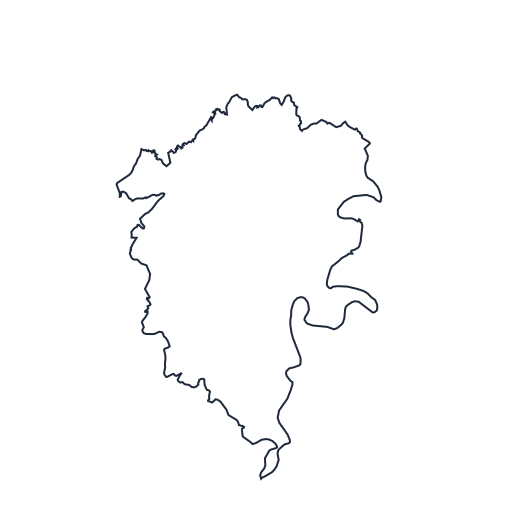 Narail, Khulna, Bangladesh, rotated 42°
{"feature_id": "16705992B56503274196630", "entity_name": "Narail", "entity_type": "district", "adm_level": 2, "iso_a3": "BGD", "parent_name": "Bangladesh", "parent_adm1": "Khulna", "projection": "robinson", "projection_center": [89.616, 23.132], "detail": "fine", "context": "isolated", "style": "outline", "palette": "slate", "viewbox_px": 512, "rotation_deg": 42, "n_neighbors": 0, "source": "geoboundaries", "source_scale": "gbopen_adm2", "svg_char_len": 6148}
<svg xmlns="http://www.w3.org/2000/svg" viewBox="0 0 512 512"><g transform="rotate(42 256 256)"><path d="M408.8,418.1L408.8,416.6L409.8,414.6L412.5,406.2L412.7,402.9L412.0,398.4L409.3,392.4L404.0,388.2L402.6,385.7L402.5,383.5L403.1,377.9L403.5,376.5L405.6,373.3L405.8,371.6L404.2,370.1L398.8,367.5L385.1,364.4L380.3,361.7L376.5,355.3L374.8,341.1L371.5,332.3L369.0,327.0L367.3,325.3L365.3,325.7L359.5,324.7L357.0,323.4L355.7,321.3L355.9,317.3L358.7,313.3L361.4,308.1L361.5,307.2L360.8,305.9L358.5,303.1L356.7,301.6L338.4,292.3L333.9,289.4L327.9,284.5L324.3,280.6L322.2,277.1L318.5,272.7L315.8,267.4L314.7,263.8L314.9,259.6L316.8,256.6L318.3,255.5L320.4,254.9L324.7,255.6L327.1,256.9L331.2,260.4L332.4,263.3L333.5,269.1L334.7,271.0L338.0,271.9L339.7,271.8L344.5,269.8L356.4,261.0L363.0,258.3L364.6,255.1L365.4,249.6L365.3,247.5L363.2,243.0L358.1,236.3L356.8,233.8L357.0,230.6L358.4,225.6L359.9,223.4L362.9,221.3L380.3,219.9L381.2,219.3L381.8,218.1L382.2,215.6L380.8,213.3L378.5,211.0L374.0,209.0L368.9,209.5L363.8,209.1L359.2,210.1L352.9,212.9L344.5,217.5L336.7,223.9L333.5,227.7L333.4,229.6L332.1,230.7L329.3,230.6L327.4,229.5L324.8,225.8L320.3,216.3L319.4,212.8L320.9,204.1L321.1,200.2L323.1,194.6L323.5,192.8L323.2,192.4L326.0,189.8L323.6,189.1L323.3,188.2L325.1,185.3L326.4,181.2L326.1,179.5L324.1,175.3L314.7,162.2L312.3,160.7L309.1,160.9L308.8,160.3L309.0,159.6L308.0,159.8L308.7,161.6L308.3,162.3L304.3,163.0L301.8,164.1L296.3,169.2L292.4,171.0L290.4,171.0L289.0,170.3L285.7,166.6L285.0,156.9L286.5,151.5L288.5,146.3L297.3,136.6L304.1,133.7L308.1,133.9L311.9,132.8L312.0,131.9L309.9,128.5L303.8,124.7L299.9,123.1L293.3,122.1L286.3,123.1L283.8,122.2L280.3,119.8L276.8,115.9L275.3,113.1L274.5,110.0L272.0,106.6L264.9,103.4L265.4,96.3L265.0,95.9L263.2,95.8L256.3,97.2L255.3,96.9L254.1,95.4L251.3,95.3L250.8,94.6L248.1,95.1L245.6,93.9L245.1,94.2L244.9,96.0L239.7,97.3L237.1,97.6L232.4,96.5L231.9,98.8L231.9,102.6L229.4,106.6L221.3,107.9L220.4,109.9L218.6,109.3L213.6,111.0L212.3,117.1L210.5,118.7L208.8,121.8L208.5,126.9L206.9,129.4L206.2,131.3L206.4,132.3L203.8,132.2L202.3,131.0L200.6,130.6L201.0,128.9L200.4,128.3L200.6,127.0L199.0,125.7L198.0,125.9L196.1,123.9L194.3,123.5L192.3,124.2L191.1,123.8L186.9,118.7L187.3,118.2L187.1,117.7L183.5,118.3L181.3,116.6L180.0,117.3L177.8,116.9L177.1,115.4L174.1,114.1L173.1,114.2L171.8,115.9L171.5,118.3L173.3,122.8L174.0,126.5L171.9,126.4L167.8,124.1L165.8,124.8L165.1,125.8L163.8,125.7L163.1,126.5L163.1,127.2L161.9,127.3L161.8,130.7L160.4,134.7L160.1,136.8L161.1,141.0L160.3,141.6L159.0,140.8L158.0,141.6L158.2,143.8L157.6,144.9L156.5,143.7L155.6,144.4L155.1,145.8L155.6,150.0L150.4,149.8L148.7,149.0L146.9,147.1L144.8,146.1L143.3,146.5L141.1,148.7L139.0,148.6L137.1,149.3L134.1,148.7L132.8,151.1L131.8,154.3L133.2,159.9L133.1,161.7L134.4,165.4L139.8,170.3L138.0,171.4L137.3,170.7L135.5,170.5L135.1,171.1L135.3,172.2L134.6,172.5L132.0,172.6L131.2,171.6L130.5,171.7L130.1,172.5L128.9,172.4L128.3,173.4L128.8,173.4L128.9,173.9L128.7,175.4L127.8,176.9L127.8,178.0L128.8,177.7L128.9,176.8L129.3,176.7L130.6,177.5L130.1,178.3L131.1,179.6L131.7,181.7L131.7,183.8L132.5,184.9L130.8,184.3L130.9,183.2L130.3,182.7L129.7,182.8L131.7,192.0L131.3,194.9L131.8,195.9L131.6,197.3L130.2,200.5L130.5,206.4L131.7,208.4L132.1,210.1L131.4,211.1L132.4,212.4L131.3,212.3L131.5,215.0L129.7,215.8L129.4,219.2L127.3,219.9L127.0,220.6L126.8,222.0L128.2,222.1L127.6,223.4L128.9,224.7L128.5,226.1L127.3,225.5L126.4,226.0L124.1,226.1L124.0,227.4L124.6,228.3L124.7,229.7L125.6,228.5L126.0,228.6L125.8,230.8L126.7,232.1L126.3,233.8L126.0,234.3L122.4,234.0L122.2,234.6L122.6,235.2L121.7,238.1L130.0,244.0L129.4,249.2L124.8,249.4L121.5,247.9L119.4,248.5L118.9,249.8L117.0,250.3L116.3,249.0L114.4,249.2L114.5,247.0L113.3,247.7L113.0,247.1L111.7,246.9L109.9,245.5L109.1,246.0L109.1,246.5L109.9,246.3L110.7,247.1L109.5,248.9L108.3,247.9L106.6,249.6L105.3,249.3L105.2,249.8L105.8,250.2L105.4,250.6L104.4,251.2L103.2,250.9L102.0,252.5L99.3,253.2L102.6,258.9L103.2,263.3L104.9,267.4L105.2,270.8L106.8,274.6L107.6,277.9L107.5,280.5L104.0,294.8L104.5,296.1L112.8,300.5L115.1,303.1L115.6,302.2L113.1,298.4L114.6,296.8L117.7,296.3L123.0,298.1L125.1,297.4L127.4,297.8L128.2,294.6L129.3,292.6L133.6,288.9L134.8,286.2L135.8,286.4L138.2,279.8L139.7,278.4L141.6,277.9L141.9,276.7L142.5,276.6L143.1,275.5L143.6,273.3L145.1,271.5L146.2,271.1L147.1,273.2L146.3,280.5L147.2,291.0L146.7,296.1L145.5,298.8L144.9,305.9L148.6,308.1L153.3,308.8L154.2,310.5L153.4,311.4L148.1,311.3L147.4,311.8L147.2,312.3L148.0,313.5L147.0,317.1L147.3,321.7L149.3,323.2L151.2,325.6L155.1,322.4L156.5,330.2L157.3,331.8L157.3,333.5L158.9,334.8L158.7,335.7L159.5,336.2L160.7,338.7L164.6,340.5L166.1,340.7L167.9,340.2L170.2,338.1L175.7,338.4L180.8,336.2L189.3,340.2L192.8,345.3L195.5,354.8L204.5,357.7L204.7,359.2L203.1,359.9L203.7,361.1L207.8,361.6L210.0,362.5L210.1,363.6L209.0,365.9L211.0,367.0L210.6,371.4L211.2,371.7L212.5,369.8L213.8,371.1L214.7,375.2L215.0,380.0L215.6,381.6L220.3,384.0L221.0,387.0L222.7,388.2L224.5,388.4L226.5,387.5L230.9,383.7L232.7,381.9L234.8,377.0L237.1,375.5L238.8,375.9L241.4,377.4L244.0,377.2L248.3,378.6L252.3,380.9L251.8,383.2L250.4,385.6L250.4,387.3L254.1,389.7L257.2,392.6L261.1,397.8L263.0,399.5L265.9,404.4L267.4,405.4L269.8,406.0L270.7,405.6L273.2,399.2L273.8,398.7L275.6,399.0L277.0,398.5L278.8,393.4L279.2,393.4L279.3,395.5L280.5,400.1L281.1,400.8L282.4,401.0L284.3,400.7L285.8,398.9L288.8,399.0L292.1,396.9L293.2,396.4L295.6,396.5L298.1,394.9L299.1,392.5L299.2,390.1L298.0,389.2L297.6,387.4L296.7,386.0L297.9,383.5L299.5,382.3L300.3,382.5L303.7,385.9L308.2,388.1L309.4,388.2L311.2,387.3L312.5,387.6L314.8,391.5L316.9,393.4L317.0,395.4L317.4,395.8L321.5,394.2L321.9,389.4L323.8,388.5L327.0,388.0L336.9,390.0L341.9,392.6L351.6,390.8L353.5,391.2L356.5,393.1L360.1,391.2L361.5,391.0L361.8,392.0L361.2,393.3L361.3,394.0L366.4,398.7L367.5,399.0L376.2,398.0L379.3,398.1L381.3,394.6L383.1,388.8L386.2,385.1L388.4,383.7L392.0,382.5L396.2,382.5L398.9,383.4L399.7,384.2L399.4,385.5L396.7,389.7L396.1,391.7L398.0,400.4L403.1,405.4L404.3,408.5L404.6,413.1L405.1,414.7L405.9,416.2L408.8,418.1Z" fill="none" stroke="#1e293b" stroke-width="2"/></g></svg>